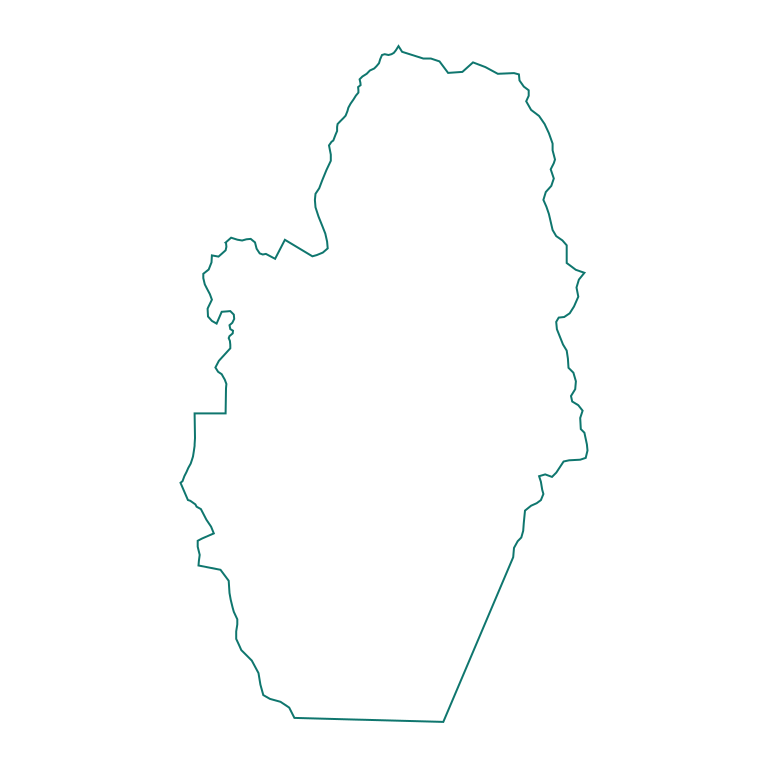 Ulu Langat, Selangor, Malaysia (Albers equal-area conic projection)
{"feature_id": "92858781B61799260862057", "entity_name": "Ulu Langat", "entity_type": "district", "adm_level": 2, "iso_a3": "MYS", "parent_name": "Malaysia", "parent_adm1": "Selangor", "projection": "albers", "projection_center": [101.834, 3.073], "detail": "fine", "context": "isolated", "style": "outline", "palette": "teal", "viewbox_px": 768, "rotation_deg": 0, "n_neighbors": 0, "source": "geoboundaries", "source_scale": "gbopen_adm2", "svg_char_len": 3005}
<svg xmlns="http://www.w3.org/2000/svg" viewBox="0 0 768 768"><path d="M398.5,46.1L395.8,50.4L393.8,52.9L391.5,54.2L388.5,55.0L384.7,54.2L382.0,55.0L380.2,59.2L379.0,63.2L376.5,66.2L374.2,68.5L369.9,70.5L366.7,73.8L362.4,76.5L359.6,79.3L360.4,82.8L360.6,85.1L358.1,87.1L358.4,90.1L358.4,92.6L355.9,95.6L353.4,99.6L350.6,103.6L348.4,107.6L347.4,111.2L345.6,115.7L343.6,117.9L340.3,121.2L337.6,124.0L337.1,127.0L337.1,131.0L335.6,134.5L333.3,140.5L331.5,141.8L329.0,145.4L330.8,154.6L330.8,160.8L326.5,169.9L322.2,180.4L319.2,188.3L315.5,193.8L314.9,200.0L315.5,207.3L318.5,216.5L322.2,225.7L325.3,233.6L327.1,241.6L327.7,248.4L322.8,252.6L316.7,255.1L312.4,256.3L284.9,239.8L275.1,258.8L265.9,253.9L262.8,254.5L259.7,253.4L256.6,248.7L255.0,242.4L250.7,238.9L246.4,239.3L242.1,240.5L237.4,239.7L231.1,237.7L225.6,242.6L226.0,242.8L226.4,246.8L225.6,250.3L221.7,253.8L218.5,256.6L211.9,255.4L211.5,262.4L208.7,269.5L203.3,273.8L203.3,278.1L204.8,284.4L207.2,289.1L209.9,294.2L211.9,299.7L208.3,307.1L207.6,308.7L208.0,316.5L211.9,320.9L216.6,323.6L221.7,311.8L226.8,311.4L230.3,311.1L233.8,314.6L234.2,318.9L232.3,322.8L229.5,325.2L230.3,329.1L233.0,330.7L232.7,333.4L229.5,336.1L228.7,338.1L229.9,340.9L230.3,344.8L230.3,348.3L218.9,360.8L215.4,367.5L218.1,371.8L221.7,374.2L223.2,376.9L224.8,379.7L226.4,384.0L226.0,388.3L225.6,413.4L194.6,413.4L195.0,438.1L194.6,444.4L194.6,445.9L193.8,451.4L193.0,456.5L191.9,460.0L190.7,463.6L188.3,467.9L186.4,472.2L184.4,476.1L182.5,481.2L180.5,482.8L187.9,500.0L190.3,500.8L195.4,504.4L196.6,506.7L200.9,509.1L206.4,519.7L211.1,526.7L213.8,533.4L202.1,538.5L197.7,540.8L197.7,546.7L199.7,554.9L198.9,560.8L198.5,565.5L220.5,569.8L228.7,580.8L229.5,593.0L230.7,599.7L232.6,607.5L233.8,611.8L237.3,619.3L237.3,624.4L236.2,631.4L236.2,638.9L238.9,644.7L241.3,650.1L251.8,660.6L258.5,673.1L260.4,684.6L263.3,695.1L270.0,698.9L280.5,701.8L289.2,707.6L294.4,717.9L356.4,719.6L364.8,719.8L443.3,721.9L513.2,557.2L514.0,547.9L517.7,541.2L521.3,537.5L523.2,530.8L523.8,522.8L525.0,510.6L531.1,505.7L536.7,503.2L540.9,500.1L543.4,494.0L542.2,489.7L540.9,481.8L539.1,476.2L545.2,474.4L552.0,476.9L556.3,472.6L563.6,461.5L569.1,460.3L580.2,459.7L585.7,457.9L587.5,450.5L586.9,444.4L584.4,432.7L580.8,429.1L580.2,418.0L582.6,410.7L578.3,405.2L572.2,401.5L571.0,396.0L575.2,389.2L575.9,381.3L573.4,372.7L568.5,367.8L567.9,358.6L566.7,350.6L563.0,344.5L556.9,329.2L556.2,321.9L558.7,317.6L564.2,317.0L569.7,313.3L574.0,306.5L578.3,296.7L576.5,287.5L578.9,279.6L584.4,272.8L575.8,269.8L566.7,263.0L566.7,253.9L566.7,245.3L562.4,240.4L556.2,236.1L552.6,230.0L548.9,214.0L546.4,206.7L543.4,199.9L545.8,192.0L551.3,185.9L553.8,178.5L550.7,169.3L553.8,163.2L555.0,159.5L552.6,150.3L552.6,143.6L548.9,133.2L544.6,124.0L539.1,116.0L531.1,109.9L526.2,101.3L528.7,95.8L528.7,90.3L523.8,86.6L519.5,80.5L518.9,74.4L514.0,73.1L497.8,73.8L485.4,67.1L473.0,62.4L462.4,71.9L448.1,72.9L439.5,61.4L430.8,58.5L423.2,58.5L402.1,51.8L398.5,46.1Z" fill="none" stroke="#0f766e" stroke-width="2"/></svg>